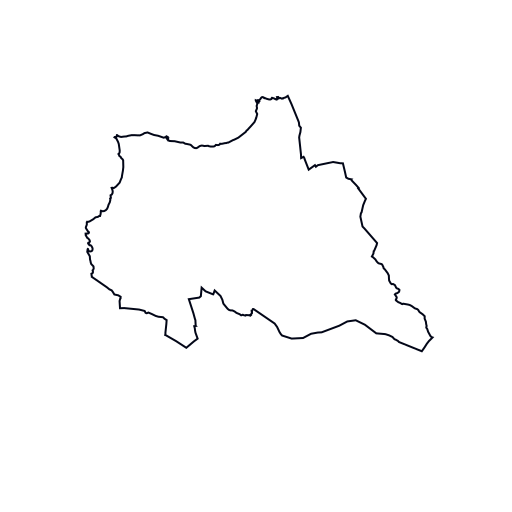 outline of Klepp nor, Rogaland, Norway, rotated 46°
{"feature_id": "86288312B2742263230079", "entity_name": "Klepp nor", "entity_type": "district", "adm_level": 2, "iso_a3": "NOR", "parent_name": "Norway", "parent_adm1": "Rogaland", "projection": "robinson", "projection_center": [5.601, 58.762], "detail": "fine", "context": "isolated", "style": "outline", "palette": "ink", "viewbox_px": 512, "rotation_deg": 46, "n_neighbors": 0, "source": "geoboundaries", "source_scale": "gbopen_adm2", "svg_char_len": 6054}
<svg xmlns="http://www.w3.org/2000/svg" viewBox="0 0 512 512"><g transform="rotate(46 256 256)"><path d="M261.8,372.6L273.6,369.9L274.3,359.8L274.9,355.4L269.1,352.8L267.4,351.7L265.3,350.1L263.6,349.2L264.5,347.9L264.3,347.9L260.1,344.2L258.8,343.6L253.7,340.8L240.4,334.3L246.5,325.7L246.6,323.6L241.0,317.1L246.4,316.8L253.8,313.5L253.9,313.4L252.1,309.7L260.1,309.3L264.1,310.6L267.3,312.4L267.9,312.6L274.2,313.1L275.9,312.9L276.4,312.7L277.7,311.9L278.6,310.9L279.9,310.3L281.6,309.8L283.3,309.6L286.5,308.2L288.3,307.9L288.5,307.7L289.1,306.3L290.3,305.8L291.6,304.9L291.5,304.2L293.4,302.5L294.2,301.5L294.9,301.6L295.0,300.7L294.4,300.6L294.4,298.8L292.9,297.6L293.2,297.5L292.7,297.0L292.1,295.5L292.0,295.1L292.5,294.6L317.5,289.5L321.7,290.1L327.0,291.9L329.4,292.4L331.3,292.5L340.2,287.7L347.7,279.1L350.2,270.4L354.0,264.7L356.5,261.8L364.0,244.5L366.5,235.8L371.5,228.9L381.1,225.4L395.2,223.2L401.5,217.7L402.3,217.1L405.5,215.4L409.0,214.1L409.8,214.1L411.4,214.2L412.3,214.1L413.3,213.6L415.7,212.9L417.2,212.9L439.7,202.9L438.8,198.2L437.8,194.1L437.3,190.6L437.3,188.8L437.2,185.6L436.4,186.0L434.7,186.1L430.0,184.8L427.4,183.5L425.9,183.3L425.5,183.0L424.9,181.9L423.2,180.9L421.2,179.4L418.2,178.2L416.5,176.5L413.7,176.6L410.1,177.3L409.1,177.2L407.6,176.8L406.3,176.9L404.0,178.1L400.4,178.7L398.7,179.2L397.8,179.6L396.5,180.4L392.5,183.3L392.4,184.0L391.9,184.4L390.2,184.8L388.7,185.4L388.2,185.7L385.6,186.1L384.9,186.1L384.5,185.7L384.5,185.2L384.2,184.8L384.0,184.1L383.6,183.6L383.3,183.4L380.1,182.8L380.1,181.6L380.9,180.0L381.1,177.9L380.1,176.4L378.6,176.4L377.3,177.1L376.0,177.2L375.1,176.8L373.3,176.3L371.3,176.9L370.6,177.9L369.3,178.1L366.2,177.3L364.9,176.3L362.3,174.0L359.8,173.2L355.1,172.6L354.4,172.7L353.2,172.6L352.6,172.1L349.8,171.2L349.0,171.3L346.6,172.8L345.8,173.0L344.2,173.0L342.6,172.8L341.5,172.5L338.0,172.7L336.9,173.0L335.8,169.8L334.3,168.0L334.4,167.5L332.0,161.8L330.8,159.9L311.6,158.9L308.8,158.9L300.2,153.6L298.1,150.8L298.1,150.4L297.9,149.7L293.9,143.6L292.0,139.3L291.2,137.2L278.3,135.5L278.4,134.9L274.5,134.7L268.8,134.7L267.2,134.5L267.0,134.4L267.0,134.2L264.6,135.9L262.2,136.6L256.8,133.3L249.7,129.1L247.9,130.9L241.9,135.3L233.9,148.0L233.6,148.6L233.4,150.9L231.6,150.5L230.5,158.1L220.0,153.7L219.4,153.3L217.7,152.9L216.9,155.5L214.2,153.1L200.7,142.6L199.5,141.0L197.7,138.0L194.9,134.6L192.3,134.4L189.8,132.4L188.7,131.9L171.5,125.0L162.9,121.9L162.6,123.5L162.5,124.5L161.6,126.2L161.5,127.1L161.0,127.4L161.0,127.8L160.8,128.1L159.1,128.8L157.9,129.8L158.4,130.3L158.3,130.5L158.1,130.5L156.8,130.2L156.7,130.0L156.3,130.5L156.5,130.6L156.8,130.4L157.5,130.5L157.4,130.8L157.4,131.4L157.9,132.1L157.9,132.4L157.1,132.7L157.1,132.9L157.0,133.0L155.3,133.5L153.3,134.6L153.3,134.9L153.8,135.8L153.4,136.9L152.4,137.9L150.2,139.2L147.8,140.2L147.9,140.4L147.2,140.6L146.7,140.6L146.2,140.9L145.8,141.6L145.8,142.4L146.2,144.3L146.2,145.5L145.2,146.3L144.7,147.2L145.0,147.5L145.5,147.6L145.9,146.7L147.0,146.4L147.0,146.7L147.3,147.3L146.1,147.3L146.0,147.2L145.8,147.4L146.2,147.7L146.5,147.6L147.0,147.7L147.0,148.1L146.7,148.3L146.1,148.2L144.6,147.9L143.9,148.1L144.0,148.2L147.2,149.1L147.9,150.1L148.5,151.3L150.0,152.3L150.6,152.9L151.7,155.5L152.2,155.7L154.7,156.5L156.5,159.4L156.8,160.3L157.1,160.4L158.6,164.1L159.1,170.2L159.2,172.4L159.4,174.7L159.2,175.6L159.6,177.2L158.6,186.5L157.2,190.9L156.7,191.9L155.2,197.1L154.5,197.9L154.2,198.8L153.2,200.0L151.8,202.3L151.0,203.3L150.3,203.8L150.5,204.8L150.2,205.8L149.4,206.7L148.2,207.7L148.3,209.2L148.0,210.1L147.3,211.0L145.6,212.7L144.1,213.7L143.4,213.9L141.0,216.8L139.7,217.6L138.7,218.5L137.8,220.2L137.4,223.0L136.9,224.1L135.7,225.1L134.2,225.6L132.7,225.7L131.2,225.7L130.2,226.0L127.1,228.1L126.1,228.9L123.9,229.5L121.8,231.6L116.9,234.8L114.3,237.3L113.1,238.3L111.1,238.7L110.3,237.4L110.0,237.7L109.5,237.7L109.4,238.1L110.2,238.2L110.6,238.7L109.0,238.5L109.3,237.7L109.5,237.2L109.1,236.8L107.7,237.3L107.8,238.0L106.8,240.2L101.5,242.9L98.1,245.3L95.2,246.7L91.8,248.2L90.1,250.9L89.8,252.6L89.1,254.5L88.6,255.7L87.0,257.3L84.1,260.0L83.7,260.6L82.9,261.2L80.8,264.4L79.8,266.4L78.6,267.7L76.7,270.3L75.6,271.0L74.2,271.7L72.6,271.9L72.4,272.1L72.8,272.7L73.3,273.2L73.4,273.8L72.3,274.9L72.3,275.3L74.6,274.9L78.2,276.0L80.1,276.9L85.5,280.8L86.7,282.1L87.1,283.1L87.1,284.1L87.8,284.2L89.1,284.8L90.3,284.6L91.2,284.6L91.7,284.9L93.9,284.8L94.9,285.1L99.9,289.7L102.2,292.5L105.6,297.2L106.2,297.8L107.1,300.1L108.5,303.1L108.8,308.2L108.7,309.3L108.3,311.2L107.0,312.0L106.7,312.5L109.1,313.6L110.1,314.3L111.1,315.5L111.6,317.0L111.3,318.5L113.4,320.0L113.3,321.0L114.4,321.7L115.8,323.9L116.7,326.5L117.8,328.4L118.6,330.3L118.7,332.2L118.2,334.0L117.2,335.3L115.7,336.1L115.9,336.6L116.6,337.1L117.9,338.7L118.9,340.4L118.3,341.0L118.0,342.6L116.7,344.6L116.5,347.5L115.5,351.8L114.7,353.1L114.6,353.7L114.1,353.8L114.2,354.3L115.9,355.9L117.1,358.4L117.6,358.9L118.2,359.1L121.7,359.8L122.5,359.6L123.2,360.0L123.3,360.8L123.0,361.4L121.5,363.0L121.9,363.4L122.8,363.8L123.0,364.2L124.0,364.3L125.5,364.8L126.9,364.5L129.0,364.7L130.1,365.3L130.6,366.7L130.0,367.3L130.0,367.6L130.4,368.1L132.6,368.3L133.3,367.5L134.8,367.5L135.8,367.8L136.9,368.2L137.8,369.1L138.3,370.0L138.3,370.7L138.1,371.3L137.4,372.3L136.0,373.0L134.4,372.0L134.1,372.1L134.2,372.5L134.6,372.8L134.8,373.3L135.7,373.9L135.8,374.5L140.7,375.7L143.2,377.8L144.7,378.6L145.7,379.3L147.3,380.1L150.4,380.1L150.7,380.2L152.2,381.4L152.8,382.6L152.8,383.5L154.2,384.3L154.6,384.9L154.8,385.6L154.4,386.7L155.8,387.8L156.5,388.1L156.9,388.6L174.9,385.0L178.3,384.6L178.5,384.4L179.5,384.1L180.3,383.7L182.1,383.9L185.3,384.6L188.6,382.4L191.3,381.7L192.4,382.9L192.3,383.2L193.6,385.4L199.1,390.1L201.9,387.0L213.3,377.3L218.0,374.4L218.5,374.3L220.0,374.9L221.0,374.6L221.4,374.1L221.9,372.7L225.5,371.2L229.4,369.8L231.9,368.4L235.1,365.7L235.6,365.4L237.6,365.4L240.0,364.8L242.7,367.8L248.3,374.5L248.6,374.7L249.8,376.2L250.3,375.9L261.8,372.6Z" fill="none" stroke="#020617" stroke-width="2"/></g></svg>